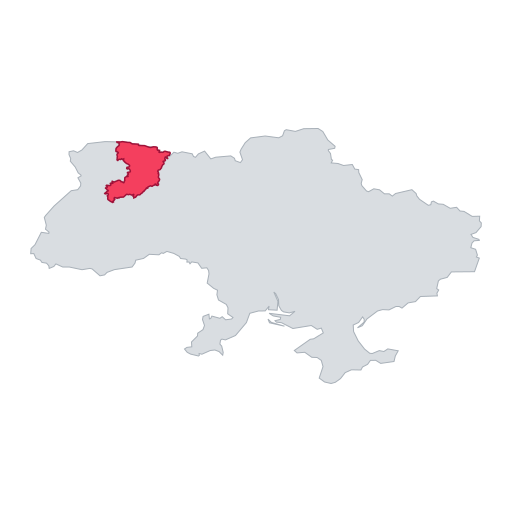 location of Rivne within Ukraine
{"feature_id": "UKR-286", "entity_name": "Rivne", "entity_type": "Region", "adm_level": 1, "iso_a3": "UKR", "parent_name": "Ukraine", "parent_adm1": "", "projection": "natural_earth1", "projection_center": [26.178, 50.971], "detail": "fine", "context": "in_parent", "style": "filled", "palette": "rose", "viewbox_px": 512, "rotation_deg": 0, "n_neighbors": 0, "source": "natural_earth", "source_scale": "10m", "svg_char_len": 9261}
<svg xmlns="http://www.w3.org/2000/svg" viewBox="0 0 512 512"><path d="M358.2,340.9L364.6,349.1L369.8,353.3L372.3,353.5L379.3,350.6L383.9,351.5L387.8,348.9L398.2,350.8L395.3,356.0L394.0,361.5L380.7,363.4L375.7,360.3L370.4,360.4L367.6,364.3L362.5,367.0L360.9,370.0L351.4,369.8L345.2,372.6L340.5,378.6L335.3,382.3L331.1,383.5L324.6,382.0L319.2,378.1L323.0,366.6L321.3,360.4L317.1,357.5L311.8,357.3L304.8,352.3L297.0,352.9L294.3,350.5L310.2,339.3L313.7,338.8L323.3,332.9L321.3,328.1L317.2,329.3L311.3,325.5L292.9,328.5L281.5,322.7L276.3,322.1L275.0,320.7L280.3,319.4L280.7,317.3L273.2,315.9L269.1,313.3L289.6,315.8L295.0,311.3L289.4,312.9L283.6,311.9L281.4,310.4L278.8,305.8L278.5,299.5L275.8,293.8L273.8,292.0L277.9,301.3L277.1,310.2L268.4,309.7L269.1,306.1L265.2,310.9L258.4,311.0L249.8,313.3L246.4,322.6L235.5,335.5L225.4,339.9L221.9,339.1L220.5,340.2L219.9,344.1L221.7,346.1L223.2,352.5L222.7,355.2L219.1,351.6L214.9,350.0L210.3,350.5L201.9,354.2L199.1,353.5L199.3,355.4L198.5,356.0L190.6,354.1L187.2,352.3L184.5,349.0L186.9,347.4L191.8,346.8L191.5,342.0L197.5,336.0L197.7,333.2L203.0,329.6L204.5,325.5L202.5,319.5L203.1,316.4L208.9,314.2L209.4,318.9L210.7,318.5L211.9,316.1L219.9,318.3L222.2,316.7L225.6,319.8L231.6,319.0L233.0,317.5L227.7,313.8L228.0,307.8L226.3,304.4L218.5,300.0L216.9,294.8L217.5,290.2L213.6,288.3L207.2,283.1L209.0,273.9L208.6,270.5L206.8,267.8L201.7,268.3L197.9,262.9L191.7,261.9L190.0,263.8L189.0,262.0L186.9,262.1L187.1,259.9L185.7,259.1L180.6,258.5L179.3,256.4L173.8,253.4L166.9,251.4L163.3,253.4L161.6,252.8L158.9,254.8L149.3,254.3L143.6,258.4L135.7,260.2L135.0,263.1L132.1,267.0L114.5,269.6L107.0,272.4L104.6,274.9L100.0,275.8L92.1,268.9L89.8,268.4L82.0,269.7L69.2,267.0L62.7,267.0L55.9,263.9L53.8,266.5L49.2,268.4L48.8,265.8L46.6,263.2L41.9,262.4L40.4,260.1L36.1,258.5L33.8,253.6L30.7,253.7L31.1,248.5L35.0,244.7L41.3,232.3L48.8,233.4L49.0,232.1L45.5,229.2L46.3,225.2L44.3,217.4L45.8,215.3L54.1,206.0L71.2,190.7L77.7,189.7L80.6,185.9L80.8,183.1L77.9,177.8L81.1,175.9L80.9,175.0L78.2,172.9L75.2,167.0L70.3,161.2L70.7,158.5L69.0,154.6L69.1,151.7L73.6,150.8L77.5,152.5L81.9,150.0L87.7,143.6L105.1,141.6L126.2,142.1L147.1,146.6L156.2,147.2L160.1,152.1L167.6,152.0L169.8,152.9L170.1,155.9L173.9,152.2L177.7,153.3L182.0,151.8L192.2,153.8L193.5,156.5L195.5,157.3L198.4,153.9L204.6,151.1L210.8,158.9L215.8,157.2L230.8,155.9L234.5,158.3L235.2,160.7L240.4,162.6L242.5,159.7L239.9,152.1L241.1,149.2L245.2,142.7L250.6,137.9L265.2,136.0L278.7,137.8L282.6,135.8L284.4,130.8L286.2,129.7L295.4,131.4L303.7,128.7L318.1,128.5L322.8,131.5L327.8,140.0L335.1,146.3L334.7,148.3L328.4,149.5L328.3,150.6L330.5,153.5L331.4,159.5L332.6,160.2L331.2,162.9L338.0,163.5L343.6,165.5L352.3,164.5L354.8,169.1L358.6,169.6L358.8,172.6L362.2,179.6L361.2,183.3L361.8,185.6L366.5,191.0L368.6,191.7L373.8,188.8L379.5,189.8L384.4,193.8L389.2,193.8L392.3,196.1L395.6,193.5L411.9,189.7L416.1,193.5L416.8,195.9L419.5,199.3L428.3,205.3L430.8,204.7L431.4,201.9L433.4,201.1L438.3,203.9L443.2,204.3L450.2,208.3L456.6,207.3L460.0,211.0L464.0,211.4L472.2,216.4L479.7,216.2L479.4,220.9L481.3,222.9L481.1,226.6L476.0,232.6L471.0,234.4L472.9,237.4L478.9,239.4L479.3,240.4L474.1,240.8L472.0,243.0L470.8,247.7L475.6,249.3L477.4,255.1L476.4,257.0L479.3,258.1L474.5,271.7L451.4,271.9L447.2,277.4L440.4,279.2L438.4,280.9L436.7,288.6L438.7,290.0L436.9,293.2L437.4,295.9L420.4,296.5L415.5,301.6L408.1,302.9L402.0,308.1L399.2,306.5L395.9,306.5L389.0,309.9L382.5,309.6L377.5,311.0L367.0,318.9L362.3,325.7L357.5,327.8L364.1,322.1L364.2,319.2L362.6,316.9L358.6,322.5L353.2,325.0L353.6,331.6L358.2,340.9ZM284.5,326.2L269.5,322.8L268.0,319.1L271.4,322.4L284.5,326.2Z" fill="#d9dde1" stroke="#a8b0b8" stroke-width="1"/><path d="M116.9,141.9L120.3,142.0L122.4,141.6L127.6,142.4L129.3,142.4L130.1,142.5L131.7,143.6L132.4,143.9L138.1,144.1L138.4,144.2L138.4,144.4L138.4,144.7L138.4,145.0L138.7,145.4L139.1,145.5L144.5,145.6L149.2,147.3L150.8,147.5L153.3,146.8L155.4,146.9L156.5,147.1L157.1,147.4L157.3,147.9L157.2,148.5L157.2,149.4L157.4,150.0L157.8,150.3L158.3,150.3L158.9,150.2L159.6,150.4L159.5,150.9L159.2,151.6L159.0,152.1L159.4,152.4L159.9,152.4L160.9,152.1L162.3,152.3L162.8,152.3L163.4,152.1L164.1,151.4L164.5,151.3L165.4,151.3L168.1,152.1L169.5,152.2L169.8,152.3L170.2,153.0L170.0,153.8L169.2,155.4L169.2,155.5L168.4,155.6L167.5,155.9L167.2,156.0L167.1,156.5L167.0,157.1L167.0,157.4L167.1,157.6L167.5,157.9L167.6,158.1L167.7,158.4L167.6,158.6L167.4,158.6L167.2,158.5L166.2,157.8L166.1,157.7L165.9,157.4L165.6,157.0L165.4,157.0L165.2,157.1L165.1,157.3L164.8,158.7L164.8,159.1L164.9,159.4L165.3,159.6L165.4,159.8L165.4,160.2L165.1,160.7L164.7,161.0L163.2,161.3L163.1,161.6L164.0,163.0L164.0,163.4L163.9,163.8L163.6,164.3L163.4,164.4L162.9,164.7L162.6,164.9L162.2,165.9L161.7,166.5L161.5,167.8L161.2,168.2L160.7,168.6L160.4,169.3L160.2,169.5L159.5,169.8L158.6,170.0L158.3,170.1L158.2,170.3L157.9,171.0L157.7,171.2L157.7,171.3L158.2,171.9L158.3,172.6L158.7,173.1L158.6,173.4L158.2,173.6L158.3,173.9L158.7,174.3L158.8,174.5L158.8,175.0L158.4,176.7L158.4,177.3L158.6,177.7L158.8,178.1L159.4,178.8L159.6,179.3L159.5,179.9L158.9,181.1L158.7,181.4L158.2,181.9L157.7,183.0L157.8,183.5L158.5,184.0L158.5,184.7L157.7,185.5L156.5,185.3L156.3,185.2L156.2,185.1L156.2,184.7L156.0,184.2L155.7,184.1L155.3,184.1L155.1,184.1L155.0,184.3L154.7,184.9L154.7,185.0L153.4,185.4L152.8,185.8L152.5,186.1L152.3,186.2L151.9,186.3L151.6,186.2L151.1,186.0L150.6,185.8L150.4,185.8L149.8,186.2L148.1,186.8L148.0,187.0L147.9,187.2L147.9,187.8L147.8,188.1L147.6,188.2L146.9,187.9L146.6,187.9L146.4,188.0L146.3,188.5L146.2,188.6L146.1,188.8L145.7,189.1L145.6,189.4L145.5,189.6L145.3,189.8L144.2,190.5L144.2,191.0L144.0,191.3L142.7,192.1L142.6,192.3L142.2,192.9L142.1,193.0L140.9,193.7L140.4,194.3L140.0,194.7L139.6,194.8L139.0,194.9L138.3,194.8L138.0,194.8L137.6,195.0L137.0,195.4L136.0,196.7L135.6,197.2L135.1,197.4L133.8,197.9L133.8,196.9L133.5,196.7L133.1,196.4L133.1,196.1L133.2,195.6L133.4,195.4L133.6,195.2L133.8,194.8L133.7,194.6L133.6,194.4L133.3,194.4L132.9,194.8L132.2,195.0L131.9,195.1L130.1,194.4L129.7,194.3L129.3,194.4L128.6,194.7L128.0,194.6L127.3,194.4L126.7,194.3L126.1,194.7L123.8,196.8L123.3,197.1L120.4,197.2L120.0,197.3L119.7,197.4L119.2,197.8L119.0,198.0L118.8,198.0L118.7,197.9L118.5,197.7L118.4,197.6L118.1,197.7L117.6,198.1L117.2,198.3L116.7,198.0L116.1,197.9L115.5,197.7L114.9,197.6L114.6,197.5L114.4,197.6L114.3,197.8L114.2,198.3L114.1,198.5L114.2,198.8L114.3,198.8L114.7,199.2L114.8,199.4L114.5,199.8L114.3,200.1L113.6,200.5L113.4,200.8L113.5,201.2L113.4,201.6L113.4,201.9L112.9,201.6L112.6,201.6L112.4,201.7L112.3,202.3L110.5,201.4L108.2,199.7L107.9,199.5L107.8,198.7L107.7,198.3L107.8,197.7L107.9,197.0L107.9,196.8L107.4,196.2L107.3,195.8L108.0,195.2L108.3,194.8L108.3,194.4L108.2,193.9L108.0,193.6L107.5,193.4L107.2,193.4L106.3,193.8L105.8,193.9L105.3,193.8L104.9,193.7L104.7,193.4L106.2,192.2L107.0,191.4L107.2,191.2L108.0,191.0L108.2,190.8L108.2,190.6L108.1,190.3L107.6,190.2L107.4,190.1L106.7,189.2L106.5,188.9L105.6,188.3L105.5,188.1L105.6,187.9L106.4,188.0L106.6,187.9L107.0,187.5L107.4,186.8L107.1,186.5L106.3,186.0L106.2,185.8L106.2,185.7L106.3,185.6L106.5,185.3L106.8,185.2L108.1,185.4L109.9,185.6L110.3,185.5L110.6,185.3L110.8,185.0L110.8,184.6L110.6,184.1L110.3,183.7L110.3,183.3L110.4,183.2L110.5,183.2L112.3,183.4L112.7,183.3L112.8,183.2L112.7,183.1L112.1,182.8L112.0,182.7L112.0,182.3L112.2,182.1L112.3,181.9L112.1,181.5L112.1,181.4L112.2,181.2L112.3,181.2L113.0,181.7L113.5,181.8L114.2,182.0L114.4,181.9L114.6,181.9L115.4,181.5L116.2,181.2L117.2,180.8L117.7,180.5L118.2,180.3L119.5,180.3L120.0,180.4L120.3,180.7L120.9,181.2L120.9,181.5L121.0,181.7L122.0,181.8L122.3,181.9L123.2,182.6L123.5,182.7L123.8,182.7L124.0,182.5L124.2,181.5L124.3,181.2L124.8,180.7L124.8,180.2L124.7,179.4L124.8,178.0L124.8,177.8L125.0,177.6L125.1,177.4L126.6,176.5L126.9,176.5L127.8,176.6L128.0,176.4L128.1,176.2L127.3,175.7L127.2,175.6L127.3,175.3L127.6,174.9L128.3,174.3L128.4,174.1L128.4,173.8L128.3,173.6L128.0,173.3L127.5,173.0L127.4,172.9L127.4,172.7L127.5,172.5L127.8,172.3L129.7,172.0L130.3,171.7L130.3,170.7L130.1,170.4L129.9,169.8L129.5,169.3L129.1,168.9L128.7,168.7L128.4,168.7L128.1,168.7L127.8,168.9L127.6,169.0L126.9,168.7L126.7,168.6L126.9,167.4L127.0,167.3L128.8,167.0L129.2,166.7L129.6,166.1L129.6,165.5L129.5,165.3L128.2,164.2L126.3,163.4L125.5,162.6L124.8,162.1L124.7,162.0L124.6,161.9L124.5,161.4L124.4,161.3L123.6,160.9L123.3,160.5L123.4,159.9L123.7,159.2L123.7,158.9L123.0,159.2L122.8,159.3L122.5,159.3L122.1,159.1L121.9,159.0L121.8,158.8L121.6,158.7L121.4,158.8L121.1,159.3L120.9,159.4L120.7,159.5L120.4,159.5L119.9,159.3L119.6,159.3L119.0,159.4L118.4,159.6L118.2,159.9L118.0,160.3L117.8,160.5L117.4,160.4L117.3,160.2L117.1,159.9L117.0,159.7L117.2,158.4L117.2,157.7L117.2,157.3L117.4,156.5L117.3,156.1L117.0,155.0L117.0,154.4L117.1,154.1L117.3,153.9L117.9,153.4L118.0,153.3L118.2,152.9L118.3,152.6L118.2,152.4L117.4,152.1L117.2,151.7L116.6,151.7L116.3,151.6L116.1,151.5L116.0,151.4L115.9,151.1L115.9,150.1L116.0,148.9L116.1,148.4L116.3,148.1L117.5,146.7L118.6,145.9L118.9,145.5L119.2,145.2L119.3,144.8L119.3,144.7L119.0,144.0L119.0,143.8L119.0,143.4L119.2,143.1L119.8,142.8L119.6,142.8L117.3,142.6L117.0,142.5L116.9,141.9Z" fill="#f43f5e" stroke="#9f1239" stroke-width="1.5"/></svg>